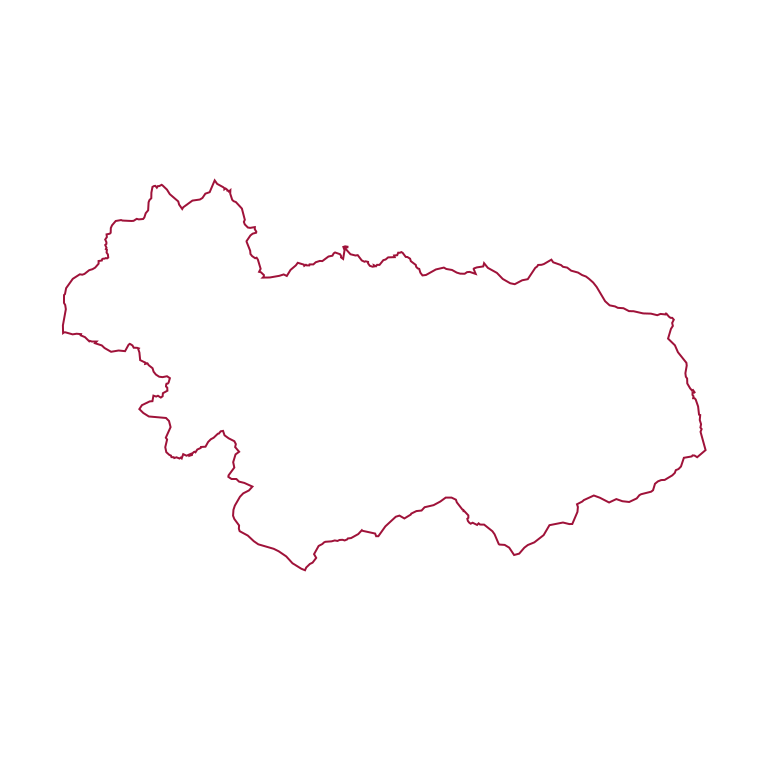 Batani, Covasna, Romania (orthographic projection), rotated 94°
{"feature_id": "2599482B35119145322325", "entity_name": "Batani", "entity_type": "district", "adm_level": 2, "iso_a3": "ROU", "parent_name": "Romania", "parent_adm1": "Covasna", "projection": "orthographic", "projection_center": [25.726, 46.103], "detail": "fine", "context": "isolated", "style": "outline", "palette": "rose", "viewbox_px": 768, "rotation_deg": 94, "n_neighbors": 0, "source": "geoboundaries", "source_scale": "gbopen_adm2", "svg_char_len": 6124}
<svg xmlns="http://www.w3.org/2000/svg" viewBox="0 0 768 768"><g transform="rotate(94 384 384)"><path d="M362.0,681.0L361.5,680.5L362.0,678.4L361.7,673.7L363.5,675.1L365.2,668.2L367.6,665.3L370.9,658.5L369.1,651.1L369.3,644.6L362.8,641.6L361.7,640.5L361.9,639.8L363.1,637.6L365.3,636.2L365.1,633.0L365.6,631.1L366.3,631.6L369.6,630.2L377.2,628.9L379.4,623.4L380.6,623.6L379.9,621.4L381.7,620.0L384.4,616.0L387.8,614.7L390.5,612.2L392.4,608.8L392.6,605.4L391.4,601.0L393.1,598.0L397.7,599.0L398.7,599.8L398.9,601.0L400.1,601.3L401.7,601.3L402.7,600.0L405.8,599.6L408.6,603.9L411.7,604.0L413.1,605.7L411.5,608.7L412.4,610.4L411.7,613.2L417.3,613.8L417.7,616.5L422.0,624.0L426.1,626.3L429.7,622.1L432.8,616.3L433.1,599.1L435.9,595.9L441.9,593.9L452.8,597.9L454.5,596.5L462.3,597.8L467.2,596.4L469.7,593.2L470.3,591.5L471.8,590.9L471.7,588.7L472.5,588.1L471.6,585.9L472.6,582.8L471.5,581.5L472.3,580.6L468.0,579.4L469.3,576.0L467.5,572.5L469.1,572.9L468.2,570.6L466.8,570.5L465.1,568.9L464.8,568.2L465.3,567.3L462.4,565.7L460.6,562.4L459.6,562.2L459.0,557.7L454.1,555.4L451.2,552.9L449.5,550.2L445.2,546.3L445.0,545.3L442.6,543.6L442.0,541.3L446.3,539.5L449.0,535.2L451.5,529.3L454.3,527.6L457.3,528.1L461.7,523.8L464.6,527.2L472.5,529.0L477.8,527.5L486.0,532.7L487.5,532.8L489.4,529.5L489.1,524.6L491.5,521.8L492.4,516.5L495.5,508.1L499.6,511.3L502.9,516.8L506.5,519.8L515.7,524.3L520.0,525.4L525.9,525.4L529.1,523.9L535.2,518.7L538.5,518.7L540.9,517.7L544.7,509.3L549.9,502.9L552.7,498.2L556.1,482.5L558.2,477.4L562.8,469.5L569.2,462.8L574.1,453.5L575.3,449.8L572.5,448.8L568.7,445.4L567.2,442.8L562.2,439.5L558.6,441.9L550.1,437.9L547.9,434.3L546.3,432.9L545.5,431.5L544.6,425.3L543.5,422.2L543.8,419.4L542.7,417.5L542.3,414.6L542.8,412.3L541.6,409.9L540.6,409.3L540.0,406.1L535.5,399.2L531.4,395.9L531.9,395.5L533.8,382.4L536.4,381.2L536.2,379.0L525.9,372.7L515.6,363.0L514.2,359.4L516.7,354.3L512.4,348.2L511.4,347.8L508.5,342.8L507.6,337.7L504.1,334.9L501.4,326.1L497.3,319.6L493.0,314.5L492.6,308.7L494.4,304.2L497.0,303.1L503.8,297.0L504.0,296.1L505.3,295.8L505.2,295.0L509.2,290.7L511.6,290.5L512.6,291.5L514.7,290.8L516.3,289.4L517.3,287.8L516.2,285.9L518.1,281.3L516.4,279.9L517.5,278.4L517.3,274.3L523.3,265.6L526.2,263.2L535.6,258.4L536.1,257.7L536.1,252.4L538.5,247.7L545.5,242.3L543.8,237.3L537.5,232.6L534.6,229.3L531.5,223.0L523.6,214.2L513.3,209.1L509.7,195.8L510.8,189.4L510.5,186.4L498.1,182.1L493.1,182.0L490.5,183.1L487.4,178.0L485.9,176.6L480.6,166.9L482.4,160.7L486.5,151.2L482.6,144.2L484.3,138.0L484.6,131.2L480.5,123.9L477.1,121.5L476.0,119.8L472.8,110.0L471.2,108.2L464.6,106.7L462.0,103.9L460.5,100.8L460.1,97.3L455.0,90.0L452.4,87.7L449.6,86.9L448.3,84.3L445.6,82.0L436.7,79.7L434.8,72.0L433.7,71.2L433.7,69.2L435.2,66.5L427.5,58.6L409.6,64.9L406.8,64.0L405.4,65.3L402.0,64.9L397.9,66.5L392.9,66.4L392.6,67.6L384.5,69.1L377.7,72.0L376.5,73.3L376.6,74.6L374.6,74.4L373.4,75.5L371.0,75.6L371.0,74.0L370.6,73.6L368.4,75.4L368.9,76.4L367.0,78.3L362.3,81.5L357.4,82.0L355.7,83.4L352.2,84.1L344.5,83.3L341.8,83.8L331.8,93.0L325.1,96.5L318.9,103.8L309.0,101.6L305.9,99.9L303.0,100.8L299.6,99.4L297.9,101.1L298.0,102.8L296.9,104.5L294.1,107.2L294.1,107.8L295.0,108.0L294.8,113.0L296.3,116.2L295.2,122.6L295.5,130.4L294.0,140.1L294.2,144.7L291.7,150.4L291.7,156.1L290.5,158.9L289.8,164.4L286.0,169.2L272.4,178.6L268.2,182.4L264.8,186.8L262.7,190.0L261.5,194.0L259.3,198.2L257.9,205.2L255.1,209.4L254.6,213.6L253.0,215.7L250.8,223.7L248.3,225.7L253.2,232.9L254.1,235.2L254.5,238.6L256.1,239.4L257.6,241.2L269.4,247.9L270.9,253.4L275.3,260.5L274.7,265.1L270.9,272.9L265.3,279.1L260.9,288.5L256.5,292.6L259.8,293.2L261.2,299.5L262.4,302.2L263.0,302.6L267.8,300.2L266.2,306.3L266.6,308.9L268.4,311.2L268.6,315.7L267.8,319.2L265.5,324.1L264.9,329.9L263.7,332.4L266.1,340.2L272.3,349.7L273.0,353.2L270.4,355.5L266.7,356.9L266.3,358.5L264.8,360.1L263.0,360.6L259.6,365.8L257.2,366.7L255.7,369.5L255.7,371.2L251.9,374.5L251.2,375.9L252.0,377.4L252.0,379.0L254.6,379.8L255.1,382.9L256.7,382.2L257.4,388.7L259.7,391.1L260.5,393.3L265.5,396.8L265.6,399.2L267.1,400.2L266.2,402.4L267.4,402.0L267.8,403.6L267.1,406.4L264.8,408.3L263.3,408.4L262.9,411.0L263.4,412.0L262.3,414.8L257.3,419.2L257.8,421.4L256.9,426.5L251.4,432.2L250.6,431.6L250.2,430.0L249.6,430.0L249.4,432.4L250.1,434.1L253.3,432.7L262.1,433.5L260.7,435.7L259.3,435.7L257.6,436.9L256.2,442.0L257.2,443.3L259.6,444.4L260.7,448.3L265.7,454.1L265.7,456.6L267.3,460.6L269.6,462.8L269.9,466.6L270.9,466.8L271.1,469.3L270.5,470.2L271.7,471.8L270.5,472.3L269.1,478.5L271.8,480.2L276.7,485.2L283.0,488.5L281.7,491.7L283.4,496.0L285.7,505.3L286.3,512.3L285.3,511.4L283.7,511.4L281.1,514.6L280.8,516.4L277.7,515.1L268.7,518.5L266.9,519.9L267.5,521.3L265.6,524.5L263.6,526.3L260.4,526.8L251.9,530.9L251.1,531.1L245.1,527.6L243.2,525.5L242.0,522.1L241.0,522.0L238.6,523.7L236.5,523.8L237.6,528.4L237.4,530.7L234.5,534.0L232.1,535.1L229.9,534.3L218.9,538.0L212.8,544.5L212.1,546.8L210.8,548.3L204.8,550.7L201.4,550.8L202.8,552.2L202.0,552.8L202.1,553.7L201.0,554.2L200.0,555.7L200.9,556.8L199.8,556.9L198.9,558.1L196.0,564.4L192.7,567.1L204.8,571.3L206.6,575.5L211.1,578.1L212.8,580.5L214.4,587.9L221.7,596.6L223.5,597.5L219.3,600.9L216.2,602.0L209.6,610.9L205.2,614.1L201.4,618.7L200.8,619.7L202.2,621.9L202.4,623.4L204.0,624.3L202.3,625.9L202.5,627.1L203.5,628.7L209.4,629.4L214.9,629.1L216.9,630.8L219.1,631.5L227.2,631.4L230.2,633.6L234.6,634.7L236.2,635.8L236.9,640.1L236.5,642.2L238.7,645.2L239.0,647.4L239.2,656.2L238.8,657.7L240.1,663.0L244.7,666.4L247.5,667.4L252.2,667.2L253.2,668.1L254.1,671.2L256.8,670.7L259.3,672.2L261.9,670.8L263.6,670.7L264.8,671.8L267.5,670.3L268.8,670.9L269.4,669.8L272.3,669.9L274.0,668.5L277.1,667.9L278.0,669.0L277.8,670.3L278.5,671.6L278.6,673.0L279.2,673.9L280.5,674.1L281.2,677.3L283.9,677.1L288.1,680.3L289.8,682.8L291.0,686.0L295.1,690.5L296.0,692.6L295.8,695.1L300.8,701.8L310.6,707.8L316.5,708.5L317.6,709.4L325.4,708.9L327.5,707.5L331.6,706.6L347.9,708.4L355.6,707.7L354.8,706.7L354.7,705.3L356.2,698.1L355.3,694.1L355.4,689.7L356.6,690.0L358.1,685.6L362.0,681.0Z" fill="none" stroke="#9f1239" stroke-width="2"/></g></svg>